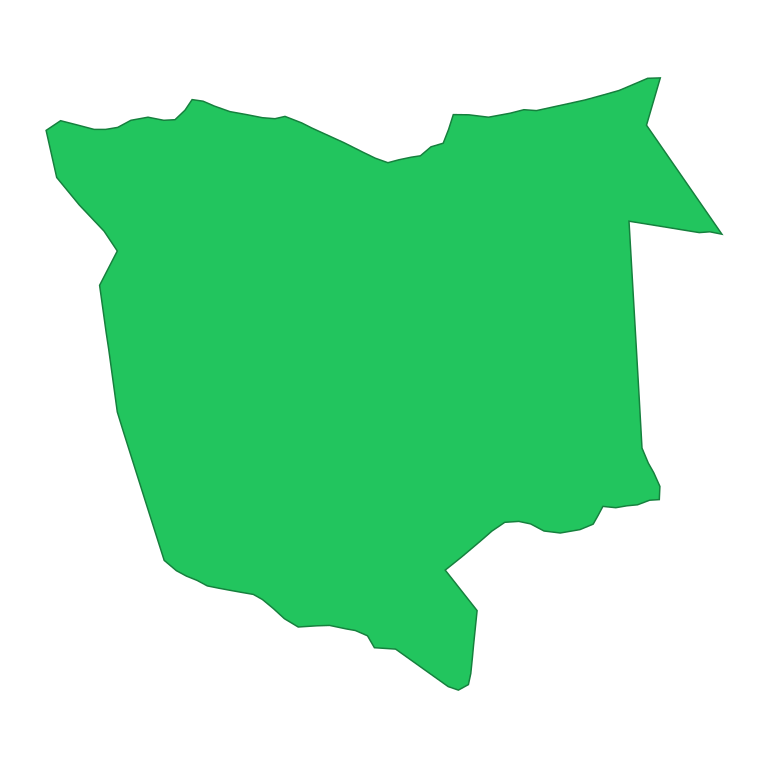 the district of Chorozinho, Ceará, Brazil
{"feature_id": "56859067B36373941444701", "entity_name": "Chorozinho", "entity_type": "district", "adm_level": 2, "iso_a3": "BRA", "parent_name": "Brazil", "parent_adm1": "Ceará", "projection": "mercator", "projection_center": [-38.468, -4.314], "detail": "fine", "context": "isolated", "style": "filled", "palette": "green", "viewbox_px": 768, "rotation_deg": 0, "n_neighbors": 0, "source": "geoboundaries", "source_scale": "gbopen_adm2", "svg_char_len": 1452}
<svg xmlns="http://www.w3.org/2000/svg" viewBox="0 0 768 768"><path d="M164.2,560.4L176.4,570.7L186.6,576.2L196.6,580.2L207.3,585.9L219.3,588.3L229.5,590.2L241.7,592.4L253.3,594.4L262.4,599.5L273.4,608.6L284.4,618.7L298.2,627.0L316.9,625.8L329.5,625.4L346.2,628.9L355.3,630.5L367.5,635.8L374.4,647.7L395.6,649.1L424.9,670.0L448.2,686.6L458.4,690.1L468.4,684.6L470.8,673.5L472.4,657.7L473.5,645.7L477.1,610.6L445.2,570.1L461.7,556.9L480.4,541.1L492.0,531.0L504.8,522.3L518.8,521.4L530.6,523.9L544.0,531.0L560.3,533.0L580.0,529.6L593.2,524.1L598.1,515.4L602.9,506.4L615.8,507.7L626.9,505.8L637.5,504.8L649.7,500.2L659.3,499.6L659.9,486.4L653.8,472.8L648.3,463.1L642.0,448.1L638.7,389.1L629.0,221.2L699.3,232.6L709.9,231.8L721.9,234.2L646.5,125.2L660.3,77.9L647.7,78.3L619.0,90.5L602.7,95.1L584.9,100.0L536.5,110.6L523.9,109.7L510.2,113.2L488.5,117.2L468.8,114.8L453.3,114.6L448.6,129.4L443.2,143.2L431.0,146.8L420.4,155.8L411.2,157.2L398.8,159.8L387.9,162.7L375.3,158.2L362.7,152.1L344.6,143.0L332.6,137.5L321.4,132.4L311.8,128.0L301.7,122.9L285.0,116.4L275.0,118.7L262.4,117.7L246.6,114.6L229.9,111.6L214.4,106.1L203.1,101.2L192.1,99.6L185.0,110.2L175.0,119.7L163.8,120.3L148.0,117.2L130.9,120.3L117.7,127.4L105.7,129.4L94.1,129.4L77.0,124.9L60.6,120.7L46.1,130.4L56.7,177.5L79.3,205.0L104.1,231.2L117.3,251.0L99.6,285.3L106.1,332.1L108.7,349.2L117.3,412.0L123.4,431.7L145.7,502.2L164.2,560.4Z" fill="#22c55e" stroke="#15803d" stroke-width="1.5"/></svg>